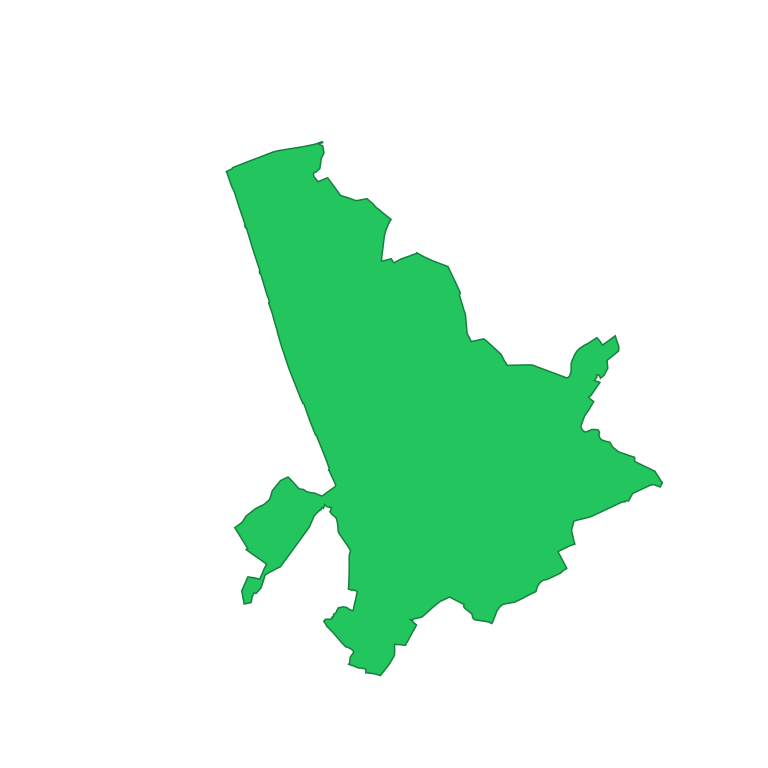 Saldus pag., Saldus, Latvia, rotated 62°
{"feature_id": "27541924B25012386790133", "entity_name": "Saldus pag.", "entity_type": "district", "adm_level": 2, "iso_a3": "LVA", "parent_name": "Latvia", "parent_adm1": "Saldus", "projection": "albers", "projection_center": [22.463, 56.704], "detail": "fine", "context": "isolated", "style": "filled", "palette": "green", "viewbox_px": 768, "rotation_deg": 62, "n_neighbors": 0, "source": "geoboundaries", "source_scale": "gbopen_adm2", "svg_char_len": 6110}
<svg xmlns="http://www.w3.org/2000/svg" viewBox="0 0 768 768"><g transform="rotate(62 384 384)"><path d="M467.1,172.1L465.0,161.3L462.3,159.6L462.2,159.8L461.4,159.3L460.4,158.9L455.8,158.3L450.0,157.2L450.9,163.3L452.2,172.7L452.0,172.8L449.1,173.1L448.3,173.1L443.1,174.2L443.1,175.2L444.0,185.4L443.8,189.3L444.0,190.3L444.4,194.4L444.9,196.3L445.9,199.0L447.6,201.8L451.4,206.6L453.7,209.1L461.0,213.1L464.5,217.0L464.5,219.7L436.8,244.2L434.1,249.1L427.0,263.3L425.4,266.5L421.4,266.5L420.6,266.8L412.8,266.7L412.3,266.8L402.5,270.3L402.0,270.5L395.2,272.8L391.0,274.7L387.5,287.0L378.2,286.8L360.9,279.5L355.1,278.5L341.0,275.7L339.4,273.8L325.0,273.0L310.3,272.4L299.0,282.4L290.7,288.8L283.5,293.5L284.0,294.0L283.7,295.7L282.6,303.6L281.6,310.4L281.7,318.0L281.4,318.3L280.8,318.6L276.8,318.8L274.8,327.3L274.1,328.5L270.2,325.9L257.8,317.2L254.1,314.6L251.2,312.2L248.0,308.8L244.5,304.6L242.0,300.5L231.4,305.1L228.2,306.2L224.4,308.1L218.9,309.3L216.9,310.3L212.6,311.9L212.4,312.0L209.2,322.2L208.9,322.7L208.5,323.1L207.5,324.0L205.1,326.2L203.8,327.3L197.0,333.9L189.9,334.8L175.4,337.0L174.4,347.2L167.7,348.6L165.0,347.3L164.6,345.9L164.9,344.3L163.7,339.5L155.3,333.4L151.8,328.5L145.6,326.4L144.7,326.5L141.1,329.4L142.1,324.9L141.0,324.9L140.0,331.8L138.4,337.6L136.2,344.8L134.7,349.2L128.4,367.7L127.9,369.6L127.2,372.5L126.7,376.0L124.6,393.3L124.5,393.8L123.9,398.8L123.3,403.7L121.9,416.1L122.2,416.7L122.7,417.1L122.4,423.5L123.6,423.5L138.3,425.8L143.6,425.9L165.2,429.8L165.7,429.8L178.5,431.9L178.4,432.5L181.0,433.0L181.1,432.1L202.6,436.4L226.2,440.5L226.1,441.2L228.0,441.9L228.3,441.1L250.0,445.4L258.0,446.5L258.0,447.3L258.0,447.7L262.6,448.5L263.5,448.8L263.7,448.6L270.6,449.8L274.1,450.7L279.7,451.9L286.6,453.2L288.0,453.8L291.7,454.6L303.1,456.9L324.0,460.4L328.1,461.0L358.3,464.4L362.9,464.7L363.3,464.0L367.0,464.5L382.9,466.9L396.9,468.4L397.5,467.8L422.7,470.5L432.5,471.9L434.2,473.4L434.3,472.9L439.2,473.4L450.5,474.0L451.3,475.0L451.7,475.8L451.8,476.5L452.7,483.2L453.0,485.5L453.8,490.7L453.8,491.3L452.0,493.1L447.7,496.6L445.4,499.9L442.5,503.0L440.9,503.7L439.0,504.9L438.1,506.5L436.5,508.3L428.9,510.1L421.3,512.2L421.0,512.6L420.7,520.8L425.4,531.9L426.0,532.9L427.3,534.3L430.4,537.2L432.3,539.5L433.9,545.9L434.0,550.2L433.7,550.3L433.8,556.5L435.9,567.8L439.5,574.2L440.8,583.2L465.4,581.6L465.5,583.5L473.2,579.7L478.0,577.2L484.4,574.0L488.1,572.3L491.1,576.9L495.2,581.7L497.9,585.4L494.4,589.3L492.6,591.7L492.4,592.1L490.5,594.5L490.4,594.8L496.5,602.5L499.2,605.9L499.5,606.2L499.7,606.7L502.6,607.6L505.7,608.7L509.9,609.9L512.6,610.8L513.2,608.7L514.5,603.9L513.4,602.9L511.3,601.2L510.6,601.0L510.1,600.8L509.8,600.0L507.5,596.9L508.7,595.5L508.8,595.3L508.8,595.0L506.5,588.7L503.7,585.5L496.6,578.3L496.6,569.8L496.6,566.6L496.5,565.9L496.8,561.3L475.4,517.3L474.3,515.9L472.8,514.0L467.9,507.8L466.1,503.6L466.3,503.3L465.5,500.8L465.5,500.6L465.1,499.5L465.6,498.9L464.0,497.0L465.4,495.9L462.7,493.0L465.4,492.1L468.2,488.9L468.4,488.4L468.7,488.8L471.3,491.2L471.5,491.5L471.5,491.8L472.7,491.3L473.4,491.4L474.3,491.3L474.8,491.1L477.7,489.9L479.7,489.2L483.3,489.8L490.5,492.6L492.5,493.6L493.7,493.8L495.2,493.8L512.0,491.9L512.5,491.7L515.7,492.0L519.1,495.3L527.8,499.8L540.9,507.1L546.5,510.4L548.2,511.8L548.5,511.7L549.4,510.8L550.8,509.3L550.6,508.9L550.8,508.7L551.3,508.3L552.7,506.5L553.8,505.4L554.5,505.1L554.8,505.2L559.1,508.7L561.4,510.5L562.1,511.1L562.1,511.4L562.6,511.8L567.3,515.8L567.8,516.1L569.7,517.8L569.0,518.6L566.5,520.5L563.9,521.8L562.0,524.1L561.3,525.0L561.2,526.3L560.6,528.0L560.5,528.7L560.2,528.9L560.3,529.7L561.2,530.6L561.4,531.5L563.0,533.2L563.4,534.1L563.6,536.0L564.1,537.0L564.6,537.1L565.3,537.5L565.6,537.9L565.3,538.2L565.3,538.9L565.8,539.7L566.6,539.7L566.9,540.4L566.9,541.0L566.5,541.4L566.6,541.8L566.1,542.6L565.3,543.9L564.2,546.3L565.3,548.6L565.7,548.4L571.4,548.2L572.5,547.7L577.9,546.2L581.8,545.2L592.9,542.7L598.2,541.2L599.2,539.9L601.7,538.0L603.0,537.3L605.0,536.5L607.0,536.9L607.3,538.1L609.1,541.7L609.3,542.0L614.3,545.4L614.8,546.8L617.6,544.4L618.6,543.2L619.6,542.4L620.3,542.0L622.2,540.4L623.0,539.4L623.6,538.3L624.6,536.7L626.0,535.2L626.7,534.6L627.5,534.1L628.7,534.6L630.6,535.7L631.5,533.7L632.4,532.8L633.2,531.6L633.7,530.7L634.7,529.5L636.2,527.7L638.9,524.9L639.8,524.1L633.8,510.7L628.6,502.3L625.4,500.3L618.7,496.8L619.4,496.0L621.9,492.0L624.8,487.6L623.3,485.8L622.7,484.5L619.9,480.4L612.1,468.4L604.4,471.3L605.9,469.1L605.5,468.9L605.3,468.3L605.9,466.0L607.4,461.1L607.5,459.5L604.2,446.0L602.9,439.8L602.4,436.6L602.3,435.5L602.4,434.0L602.5,434.0L602.9,426.1L616.2,416.9L616.7,417.3L618.1,418.2L619.5,418.1L628.3,414.4L632.2,415.4L634.5,414.9L643.3,403.2L646.1,401.4L645.9,400.7L639.8,393.5L637.6,391.1L635.3,386.8L634.8,384.5L634.3,382.8L637.7,371.8L638.0,371.1L638.0,370.9L638.0,368.7L638.2,366.3L638.3,364.9L638.2,363.8L638.3,363.3L638.4,361.9L638.4,360.5L638.2,359.0L638.3,356.6L638.4,350.6L638.6,348.4L638.6,347.3L638.5,347.1L638.4,347.1L634.7,343.5L634.5,343.4L634.2,342.6L632.5,339.2L632.4,338.7L632.0,335.7L633.2,331.3L633.5,325.5L633.8,316.9L633.7,316.3L632.7,312.3L632.7,312.0L632.8,309.4L632.4,309.1L613.7,309.1L614.1,295.7L614.5,293.1L615.0,290.6L612.1,290.1L601.1,287.1L594.1,280.4L597.9,265.5L598.2,263.7L598.4,261.2L598.4,261.3L599.0,249.9L599.3,243.6L599.7,234.4L600.0,229.3L600.5,227.9L601.2,226.6L600.4,226.1L602.1,222.9L597.4,215.9L598.4,196.2L599.5,193.0L604.6,188.5L602.1,184.8L601.5,184.8L601.4,184.6L601.1,184.8L588.4,185.8L588.3,185.7L585.5,187.8L585.3,187.8L578.0,193.3L570.2,198.9L569.8,198.9L566.9,197.3L566.4,197.2L566.1,197.4L561.6,201.8L553.8,208.9L546.5,211.8L541.5,211.8L539.2,214.5L536.2,217.5L534.9,218.2L533.8,218.6L531.7,218.6L529.5,217.9L528.0,216.5L525.3,216.3L523.8,218.1L521.8,221.7L521.1,228.7L518.5,230.2L516.0,230.4L513.7,230.1L513.6,229.9L506.3,221.8L503.1,215.4L497.9,207.0L495.3,208.4L491.7,209.6L491.3,206.7L484.0,192.6L479.4,196.7L478.0,192.9L475.8,191.9L477.0,190.0L480.5,190.2L479.7,185.8L475.2,179.0L467.9,176.0L467.1,172.1Z" fill="#22c55e" stroke="#15803d" stroke-width="1.5"/></g></svg>